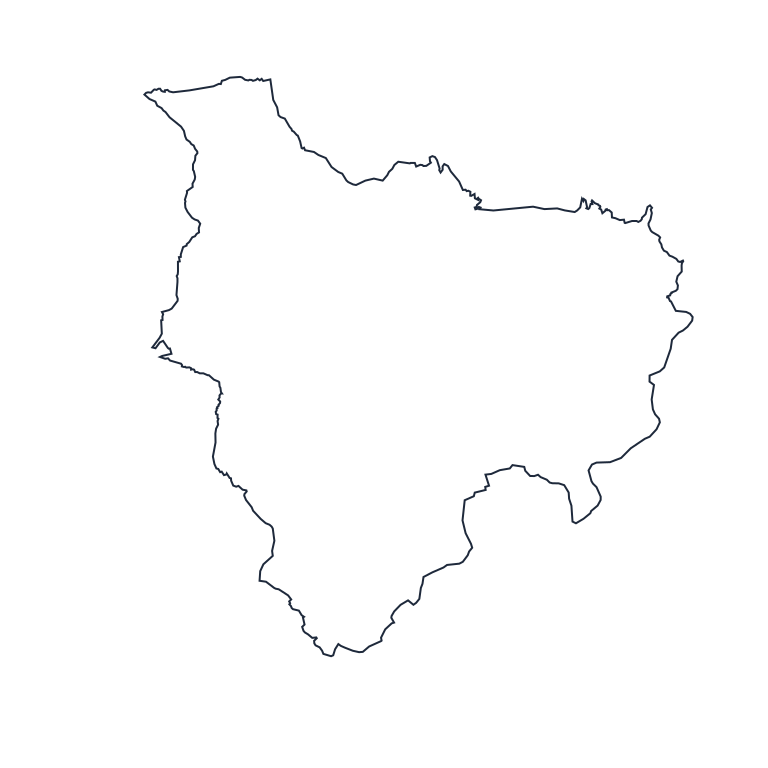 Camarzana, Satu Mare, Romania, rotated 101°
{"feature_id": "2599482B36340809154582", "entity_name": "Camarzana", "entity_type": "district", "adm_level": 2, "iso_a3": "ROU", "parent_name": "Romania", "parent_adm1": "Satu Mare", "projection": "albers", "projection_center": [23.295, 48.003], "detail": "fine", "context": "isolated", "style": "outline", "palette": "slate", "viewbox_px": 768, "rotation_deg": 101, "n_neighbors": 0, "source": "geoboundaries", "source_scale": "gbopen_adm2", "svg_char_len": 6162}
<svg xmlns="http://www.w3.org/2000/svg" viewBox="0 0 768 768"><g transform="rotate(101 384 384)"><path d="M660.0,382.1L653.7,381.4L648.0,379.2L649.3,376.4L650.3,372.0L651.8,363.7L652.0,357.3L651.0,353.7L644.5,348.5L637.0,337.9L636.4,337.4L633.6,338.5L624.6,336.0L617.5,330.8L616.3,328.6L612.1,332.2L610.3,332.3L605.3,330.6L597.6,325.6L591.8,319.1L595.1,313.0L592.7,310.7L588.2,308.3L577.2,308.9L572.8,308.1L565.9,308.4L559.6,300.5L552.8,290.6L549.6,287.6L546.0,275.8L543.5,272.7L536.1,269.1L532.2,268.5L527.9,266.2L524.3,268.1L514.9,275.4L502.9,280.9L482.7,282.6L477.0,274.4L473.3,274.2L468.6,264.0L465.7,265.0L463.8,261.5L453.6,267.1L451.8,261.5L446.5,253.9L442.9,244.4L439.1,242.4L438.6,230.5L442.2,228.8L446.4,223.0L445.7,218.9L443.7,215.5L445.5,212.5L446.9,205.9L449.1,202.6L449.3,199.9L448.2,193.5L448.9,187.8L455.3,182.0L461.3,180.4L467.7,176.8L483.1,172.7L484.1,169.0L478.3,162.5L471.5,156.8L469.1,156.4L462.6,151.1L456.5,149.2L453.2,149.8L444.7,155.7L441.9,159.9L439.8,161.8L429.8,166.7L423.4,164.5L420.6,160.4L417.6,147.2L411.3,137.1L400.0,129.5L388.0,117.5L385.0,113.1L376.4,107.8L369.0,105.9L365.6,107.4L362.0,112.1L357.6,115.2L348.1,118.3L333.4,118.8L331.0,123.8L325.0,124.9L319.0,115.7L314.3,112.1L294.7,109.3L285.7,109.7L277.4,104.6L274.5,100.8L269.9,97.0L263.0,93.6L259.4,93.8L256.7,96.9L255.6,101.1L256.5,111.5L248.2,118.0L248.0,119.1L245.1,121.1L245.0,122.6L243.9,122.7L242.4,120.0L241.1,120.1L239.9,119.0L239.4,119.3L236.8,115.3L234.9,114.0L231.2,114.3L227.8,116.6L222.2,116.4L216.8,113.2L210.8,114.5L208.6,114.6L206.4,113.7L205.8,114.1L207.7,116.6L207.6,118.5L205.4,120.9L204.0,125.2L203.5,128.3L200.5,131.5L199.7,134.7L196.9,137.2L194.0,138.4L191.5,140.8L190.0,141.4L187.4,140.9L186.0,143.0L183.7,149.7L182.5,151.4L178.0,154.5L175.9,155.0L171.6,153.8L165.1,153.7L161.8,155.4L159.9,154.5L157.9,157.0L160.0,159.1L167.4,159.6L171.5,162.5L173.1,162.4L174.8,163.3L176.4,165.3L175.8,167.1L176.7,171.7L180.0,177.9L179.9,178.5L176.9,179.8L178.1,183.8L177.1,188.4L177.0,192.0L172.2,193.2L170.4,196.3L170.8,198.1L169.8,198.6L170.4,199.7L171.9,199.9L174.7,202.2L171.3,204.1L170.7,206.1L168.8,205.4L167.9,206.0L167.7,207.5L166.9,207.9L166.3,211.4L164.1,214.8L165.1,215.1L167.6,213.8L167.9,215.5L172.1,216.0L173.3,216.9L172.9,218.9L171.7,218.4L165.3,221.1L164.3,223.1L166.2,223.2L164.3,225.0L173.2,225.1L176.8,227.5L178.8,229.6L179.1,239.6L178.6,247.5L181.7,259.9L181.5,271.5L192.8,309.7L194.2,323.6L192.4,322.9L192.1,324.7L194.4,326.1L195.1,327.6L193.4,328.6L192.5,326.9L190.5,326.9L187.2,324.2L185.1,323.8L184.0,326.5L183.2,327.1L183.6,327.5L185.3,326.8L184.4,330.2L180.2,331.4L182.7,334.3L182.7,335.3L178.8,335.9L178.2,338.1L178.9,339.6L177.7,341.0L178.5,343.6L170.9,348.9L162.6,359.0L157.8,362.8L156.6,366.8L159.2,368.0L162.5,367.3L165.6,368.8L163.5,370.6L161.9,370.5L154.1,374.7L151.5,377.3L151.1,380.0L152.9,382.4L156.5,381.4L157.8,380.2L161.8,384.1L162.5,386.9L161.8,388.0L161.9,390.2L164.4,393.9L161.1,395.9L161.9,400.1L162.5,400.7L163.1,412.4L167.0,415.6L171.2,416.9L174.8,419.6L178.4,420.6L184.6,424.1L184.3,433.1L187.9,441.1L194.0,449.4L194.0,452.4L192.6,457.7L191.3,459.8L185.5,465.1L184.6,469.4L181.0,476.9L173.3,484.2L171.7,492.1L169.6,497.0L169.6,506.1L167.3,507.6L168.4,509.0L168.1,509.9L161.9,512.6L156.6,516.0L156.3,517.1L153.5,520.7L152.9,522.6L151.3,523.5L149.5,525.8L142.4,532.0L141.7,536.5L140.3,538.8L132.8,541.7L126.3,546.9L106.7,553.7L109.6,560.4L107.8,562.3L109.6,563.9L108.4,566.4L110.1,567.9L111.4,570.5L110.8,572.0L111.1,574.2L111.9,575.1L111.9,578.4L110.2,581.8L110.0,583.8L112.7,593.8L115.8,597.9L117.3,601.0L120.7,601.4L120.9,603.4L124.3,608.2L132.9,631.0L137.9,646.7L137.8,650.6L136.6,652.6L137.5,655.1L139.0,654.9L139.1,656.7L138.7,658.4L136.9,660.1L137.2,661.7L138.7,663.4L138.6,665.3L139.1,666.1L142.5,668.3L142.7,671.3L143.6,673.1L145.6,674.4L149.0,668.6L150.4,662.3L154.1,659.7L155.6,655.0L157.7,652.7L158.7,650.4L163.1,645.4L170.1,632.3L173.7,628.7L178.9,626.4L181.7,624.5L183.3,620.9L185.3,618.9L186.2,616.3L189.2,614.3L191.4,611.7L193.0,611.2L195.9,612.7L200.4,612.2L204.8,613.4L210.2,612.4L211.3,611.3L216.7,608.9L219.4,608.8L223.9,610.2L227.1,609.4L232.2,614.3L233.9,613.8L241.1,614.6L242.7,613.7L244.2,613.9L248.8,612.6L252.6,609.6L257.4,604.2L258.6,601.3L259.1,597.8L261.7,595.0L266.2,595.6L270.5,594.5L272.4,596.6L275.0,597.7L276.6,600.2L281.8,602.3L284.3,604.3L285.8,604.2L287.9,607.3L295.6,608.2L298.0,607.7L298.6,609.5L302.6,607.9L303.3,609.6L312.8,607.7L315.7,607.4L317.6,608.1L319.6,606.9L323.3,606.2L336.3,604.7L339.8,602.7L341.8,602.5L350.5,606.8L352.5,609.2L355.7,615.7L357.7,614.1L360.1,614.4L363.4,613.6L364.0,614.9L377.0,611.7L381.5,613.1L392.3,618.4L392.5,615.1L386.0,612.0L383.8,609.1L389.8,603.1L390.4,602.0L390.0,600.9L394.9,598.4L398.8,607.1L400.2,609.0L401.0,603.6L400.0,600.9L401.8,598.5L402.8,587.1L403.9,585.9L405.3,585.8L405.5,583.5L405.0,582.5L405.6,581.3L404.8,578.2L405.3,576.4L406.7,576.1L406.0,574.5L406.2,573.1L408.3,571.6L407.9,569.7L408.7,566.8L408.0,563.3L409.0,558.8L408.8,557.5L412.2,551.8L413.2,546.8L413.7,546.1L417.8,544.9L418.9,543.9L423.0,542.5L424.2,541.3L424.3,542.1L426.6,543.3L428.6,542.8L430.9,543.7L432.4,541.5L433.9,541.3L436.1,542.5L436.9,542.1L438.7,543.5L439.5,542.9L440.3,543.6L442.0,543.2L443.4,543.9L445.6,543.0L445.8,541.5L449.1,541.0L449.7,539.9L452.1,540.3L455.6,539.1L459.9,540.3L464.7,540.1L473.6,538.2L487.9,538.1L494.9,535.2L498.9,532.4L499.0,530.5L501.8,528.0L501.0,526.6L504.0,523.7L502.9,521.5L501.8,521.3L505.7,517.6L505.8,516.2L508.1,515.6L512.5,512.6L513.0,509.5L511.8,507.4L514.7,502.7L514.7,498.8L515.7,498.3L518.7,500.0L520.3,499.9L524.2,497.3L530.2,490.4L533.4,488.3L539.9,479.4L543.2,473.6L544.0,469.5L545.4,467.1L547.1,465.6L558.8,461.7L569.2,462.0L573.9,460.4L584.0,468.0L591.3,469.8L600.9,468.6L600.6,462.1L605.1,453.0L605.6,451.3L605.6,448.2L609.8,437.8L613.2,434.0L615.5,435.6L617.1,434.3L618.3,434.9L619.8,432.9L621.5,431.9L622.4,430.4L622.7,424.3L626.7,420.7L627.8,418.1L628.7,419.0L635.3,416.1L638.0,418.0L641.7,415.9L643.0,414.2L644.2,410.9L646.9,406.0L645.7,402.1L646.4,401.5L649.4,403.6L651.9,402.9L653.6,401.3L654.8,396.9L657.6,393.9L660.5,392.0L661.3,384.0L660.0,382.1Z" fill="none" stroke="#1e293b" stroke-width="2"/></g></svg>